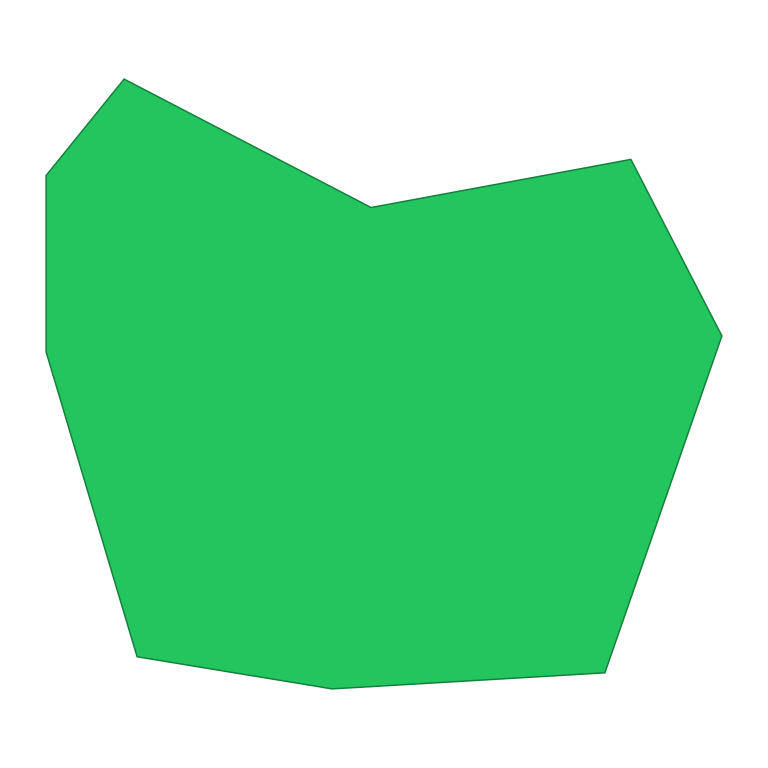 the border of Lija
{"feature_id": "MLT-5929", "entity_name": "Lija", "entity_type": "state/province", "adm_level": 1, "iso_a3": "MLT", "parent_name": "Malta", "parent_adm1": "", "projection": "mercator", "projection_center": [14.439, 35.9], "detail": "fine", "context": "isolated", "style": "filled", "palette": "green", "viewbox_px": 768, "rotation_deg": 0, "n_neighbors": 0, "source": "natural_earth", "source_scale": "10m", "svg_char_len": 249}
<svg xmlns="http://www.w3.org/2000/svg" viewBox="0 0 768 768"><path d="M137.1,656.8L46.1,351.9L46.1,175.5L124.1,79.1L371.0,207.5L630.9,159.4L721.9,335.9L604.9,672.8L332.0,688.9L137.1,656.8Z" fill="#22c55e" stroke="#15803d" stroke-width="1.5"/></svg>